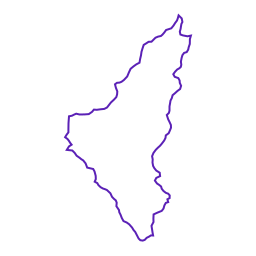 Uchoa, São Paulo, Brazil
{"feature_id": "56859067B91289400241148", "entity_name": "Uchoa", "entity_type": "district", "adm_level": 2, "iso_a3": "BRA", "parent_name": "Brazil", "parent_adm1": "São Paulo", "projection": "albers", "projection_center": [-49.149, -20.932], "detail": "fine", "context": "isolated", "style": "outline", "palette": "violet", "viewbox_px": 256, "rotation_deg": 0, "n_neighbors": 0, "source": "geoboundaries", "source_scale": "gbopen_adm2", "svg_char_len": 2381}
<svg xmlns="http://www.w3.org/2000/svg" viewBox="0 0 256 256"><path d="M168.2,202.1L167.4,199.3L169.6,198.1L169.7,195.4L168.2,193.7L165.8,192.8L163.4,190.9L161.7,188.7L161.1,186.5L159.0,184.8L157.0,183.5L154.9,180.6L156.3,177.9L160.1,176.1L159.7,172.7L156.3,170.6L154.3,168.1L153.1,165.9L152.5,162.5L152.7,159.4L152.1,156.2L153.5,152.9L155.8,149.8L158.1,147.5L159.8,146.0L161.3,144.3L162.7,142.5L164.2,140.5L165.5,137.9L165.8,135.4L168.7,133.2L170.0,130.2L171.0,127.7L170.9,125.0L169.4,121.7L168.2,119.3L166.8,115.0L168.9,112.9L169.5,110.6L169.5,106.4L170.0,103.7L170.5,100.6L171.8,98.1L172.6,95.2L175.0,93.2L177.4,91.0L180.1,89.0L181.1,85.8L179.8,82.9L179.6,80.5L178.3,78.1L174.7,76.8L173.3,74.2L175.1,71.7L177.2,69.5L179.3,68.3L180.8,66.9L181.3,64.7L180.9,61.7L181.6,58.0L182.4,55.2L184.1,52.9L186.7,52.1L188.2,49.6L188.7,47.2L189.8,44.0L189.9,39.1L190.9,35.6L187.5,36.3L182.9,35.4L180.4,34.5L179.8,31.7L180.6,28.8L181.0,26.2L181.4,23.9L182.4,22.0L181.7,18.4L178.6,15.4L177.8,18.3L177.0,20.5L175.2,22.9L173.5,25.6L171.3,28.3L169.2,29.0L166.1,30.0L164.3,32.5L162.5,34.6L160.9,36.0L158.1,36.6L155.5,37.7L153.2,40.0L151.5,41.7L148.6,41.8L146.3,43.3L143.7,44.9L142.5,48.5L141.5,51.8L141.0,55.3L140.1,59.1L139.5,62.7L136.4,64.3L133.5,66.4L130.6,68.8L129.0,72.2L127.2,76.5L123.9,80.0L121.5,81.8L119.5,82.6L117.0,82.8L115.0,84.3L115.9,87.8L117.3,91.4L117.1,94.4L116.3,97.1L114.0,99.6L110.9,102.5L107.0,107.5L104.3,108.9L100.5,109.3L96.8,109.8L93.9,109.6L92.1,111.8L88.8,114.1L84.6,114.4L79.6,114.5L76.2,113.7L74.1,114.6L72.0,115.7L69.0,116.3L68.5,123.2L68.4,130.1L68.4,132.4L66.7,134.6L65.1,137.2L67.5,139.0L68.9,140.8L70.2,142.9L71.6,144.7L69.0,146.4L66.8,149.9L72.3,150.5L74.7,152.9L76.6,155.7L79.6,157.8L81.3,159.2L83.2,160.4L85.6,163.4L87.2,167.6L93.2,169.0L94.5,171.4L95.1,173.6L95.7,175.9L95.8,179.1L94.7,181.7L97.3,183.1L98.4,185.1L100.6,187.2L102.9,188.5L105.0,189.2L106.9,190.0L110.4,193.3L112.0,196.8L113.9,198.8L115.8,200.4L116.7,202.7L116.4,206.2L119.0,210.1L119.3,212.3L120.5,214.6L121.8,218.0L123.5,221.1L126.7,222.5L129.2,224.3L132.1,227.6L133.6,230.1L135.2,231.9L137.0,235.4L138.6,238.5L140.3,240.2L142.7,240.6L144.7,239.9L146.7,237.8L149.1,236.6L150.9,235.4L153.1,235.5L152.6,232.8L152.1,229.6L151.5,225.8L153.5,222.0L153.4,218.5L153.6,214.4L157.5,212.6L161.7,210.9L163.5,208.6L164.4,205.4L165.8,202.9L168.2,202.1Z" fill="none" stroke="#5b21b6" stroke-width="2"/></svg>